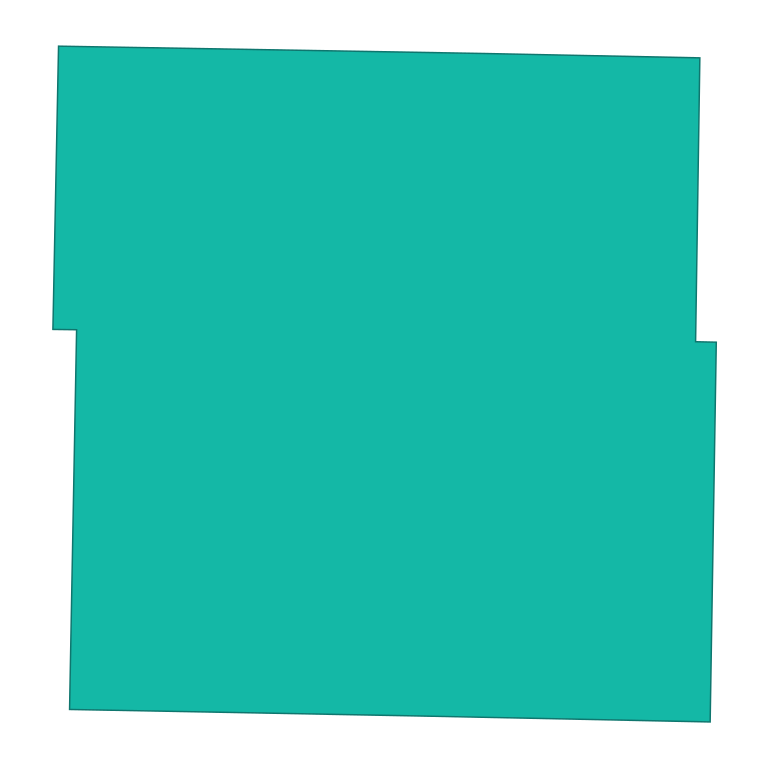 Barnes, North Dakota, United States of America, rotated 1°
{"feature_id": "52423323B70837081191712", "entity_name": "Barnes", "entity_type": "district", "adm_level": 2, "iso_a3": "USA", "parent_name": "United States of America", "parent_adm1": "North Dakota", "projection": "equal_earth", "projection_center": [-98.096, 46.935], "detail": "fine", "context": "isolated", "style": "filled", "palette": "teal", "viewbox_px": 768, "rotation_deg": 1, "n_neighbors": 0, "source": "geoboundaries", "source_scale": "gbopen_adm2", "svg_char_len": 292}
<svg xmlns="http://www.w3.org/2000/svg" viewBox="0 0 768 768"><g transform="rotate(1 384 384)"><path d="M52.7,51.9L52.0,335.2L75.7,335.1L75.3,714.9L418.2,715.3L716.0,716.2L715.5,336.4L694.8,336.3L694.1,52.4L479.2,51.8L52.7,51.9Z" fill="#14b8a6" stroke="#0f766e" stroke-width="1.5"/></g></svg>